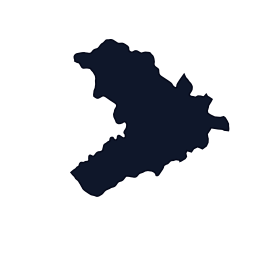 outline of Santiago de los Caballeros, Santiago, Dominican Republic, rotated 304°
{"feature_id": "3306468B7799388924344", "entity_name": "Santiago de los Caballeros", "entity_type": "district", "adm_level": 2, "iso_a3": "DOM", "parent_name": "Dominican Republic", "parent_adm1": "Santiago", "projection": "orthographic", "projection_center": [-70.731, 19.487], "detail": "fine", "context": "isolated", "style": "filled", "palette": "ink", "viewbox_px": 256, "rotation_deg": 304, "n_neighbors": 0, "source": "geoboundaries", "source_scale": "gbopen_adm2", "svg_char_len": 5932}
<svg xmlns="http://www.w3.org/2000/svg" viewBox="0 0 256 256"><g transform="rotate(304 128 128)"><path d="M190.8,201.0L188.3,198.8L185.5,193.8L184.8,189.2L184.8,185.9L186.5,184.0L190.0,182.9L191.7,182.1L196.4,181.9L198.8,181.6L198.8,178.1L198.6,176.2L199.7,174.0L197.0,173.7L196.3,173.5L196.0,173.2L195.7,172.7L195.0,170.5L193.7,168.3L193.2,167.9L191.6,167.2L191.2,166.8L190.9,166.2L190.4,164.7L189.5,162.9L189.3,161.8L189.4,161.2L189.6,160.5L189.8,160.3L190.1,160.1L190.4,159.9L191.1,159.8L194.2,159.7L195.3,159.5L196.0,159.3L197.7,158.3L198.2,157.9L198.4,157.7L199.4,156.0L199.8,155.1L200.0,154.4L200.4,152.6L200.6,152.0L201.3,150.4L201.8,148.3L202.0,147.6L202.5,146.7L203.9,144.5L201.2,144.4L196.6,144.3L192.9,144.4L191.4,144.6L190.7,144.9L189.7,145.4L189.1,145.6L188.5,145.5L188.2,145.3L187.9,145.0L187.8,144.7L187.7,144.0L187.7,142.9L187.9,141.7L188.2,141.0L188.9,139.5L189.1,138.8L189.2,138.0L189.3,135.5L189.2,126.7L189.3,125.4L189.5,124.7L189.8,123.9L190.5,123.0L191.6,122.0L193.2,120.8L193.6,120.3L193.7,120.0L193.8,119.3L193.9,116.6L194.0,115.8L194.3,115.1L194.6,114.5L195.3,113.8L195.9,113.4L197.2,112.8L197.8,112.4L198.7,111.6L199.6,110.8L200.4,109.9L200.9,109.2L201.3,108.6L201.6,107.9L201.9,106.1L202.4,104.7L202.5,104.1L202.4,103.8L202.2,103.2L200.8,100.7L200.3,99.9L199.5,99.1L198.7,98.4L197.7,97.6L197.3,97.1L197.1,96.0L196.9,92.9L196.7,92.2L196.4,91.5L196.0,91.0L195.5,90.5L194.0,89.8L193.5,89.4L192.8,88.7L192.5,88.0L192.4,87.3L192.4,86.6L192.5,85.9L192.7,85.5L193.0,85.0L193.5,84.5L194.9,83.4L195.1,83.1L195.3,82.5L195.5,81.8L195.5,80.6L195.5,79.0L195.4,77.8L195.2,76.6L194.9,75.9L194.5,75.3L193.1,73.5L192.7,72.8L192.6,72.5L192.4,71.7L192.4,70.9L192.3,66.9L192.2,66.1L192.0,65.3L191.5,64.3L190.0,62.6L189.1,61.3L188.8,61.0L188.3,60.7L187.6,60.6L185.2,60.2L184.5,60.0L183.3,59.4L182.6,59.2L181.4,59.0L178.6,58.9L177.5,58.7L177.1,58.6L176.4,58.2L174.7,56.8L173.7,56.2L172.6,55.9L170.1,55.7L169.4,55.4L169.1,55.3L168.6,54.9L167.9,54.1L167.2,52.5L166.4,51.0L165.9,49.7L165.2,48.7L164.0,47.3L161.7,45.0L160.9,44.2L159.9,43.6L159.2,43.4L158.4,43.3L157.7,43.4L157.0,43.6L156.5,44.0L156.0,44.4L154.9,45.8L154.4,46.2L153.8,46.4L154.0,48.6L154.2,49.3L154.7,50.8L154.7,51.0L154.7,51.3L154.5,51.9L153.5,54.0L152.8,55.4L152.6,56.1L152.6,56.8L152.8,57.5L153.2,58.0L154.5,59.6L155.1,60.5L156.1,62.6L156.3,63.2L156.3,63.5L156.2,64.1L155.7,65.5L155.3,67.3L155.1,68.0L154.2,69.8L153.6,71.1L153.2,71.7L152.8,72.2L151.5,73.4L150.7,74.0L149.4,74.6L148.8,75.0L146.3,76.9L142.9,78.6L140.5,79.1L139.8,79.3L138.3,80.1L136.7,80.9L135.4,81.9L135.3,83.6L135.4,84.8L135.5,85.5L135.9,86.2L136.3,86.6L138.0,87.6L139.5,88.3L140.1,88.6L140.8,89.3L141.2,89.9L141.3,90.3L141.5,91.0L141.6,92.3L141.5,97.7L141.6,102.7L141.5,103.9L141.4,104.7L141.1,105.4L140.9,105.7L140.4,106.1L139.8,106.5L139.4,106.6L138.7,106.8L136.7,106.9L135.9,107.0L135.2,107.2L133.7,107.9L131.7,108.4L131.2,108.7L129.5,110.2L127.4,113.7L126.5,114.8L126.3,115.4L126.2,115.7L126.2,116.4L126.3,117.1L126.4,117.5L126.8,118.1L127.5,119.0L128.4,119.7L129.0,120.2L130.3,120.7L130.8,121.1L131.3,121.5L131.6,122.0L131.6,122.3L131.6,122.6L131.5,123.2L130.8,124.5L130.4,125.0L129.9,125.4L128.2,126.3L127.5,126.6L126.4,126.8L123.3,126.9L122.6,127.1L122.3,127.2L121.8,127.6L121.2,129.3L120.8,129.7L119.4,130.7L118.8,130.9L118.2,130.8L117.6,130.5L117.2,130.0L117.1,129.7L117.0,129.3L116.9,128.6L116.9,125.5L116.8,124.9L116.6,124.6L116.4,124.3L116.1,124.1L115.8,124.1L115.2,124.1L113.7,124.9L113.1,125.1L112.4,125.1L111.8,125.0L111.5,124.9L111.2,124.7L111.0,124.4L110.8,123.8L110.8,123.5L110.8,122.8L111.0,122.2L111.5,121.2L111.6,120.7L111.5,120.4L111.2,119.9L110.8,119.5L110.5,119.3L110.2,119.2L109.5,119.2L108.9,119.4L107.6,120.0L107.0,120.1L106.8,120.1L106.3,119.9L105.6,119.4L105.1,119.2L103.2,118.6L101.7,117.9L101.1,117.7L100.7,117.7L100.4,117.7L99.7,117.9L98.2,118.5L96.5,119.1L95.1,119.7L93.0,118.6L92.5,118.1L92.0,117.4L91.5,116.8L90.8,116.4L90.5,116.2L89.4,115.9L86.3,115.7L85.6,115.5L85.3,115.3L85.1,115.1L84.7,114.5L84.4,112.3L84.3,112.0L84.1,111.7L83.8,111.5L83.2,111.4L82.5,111.6L80.6,112.8L79.6,113.6L79.0,113.7L78.4,113.7L78.1,113.5L77.5,113.1L76.3,111.6L75.8,111.3L74.8,110.8L74.3,110.4L74.0,109.9L73.7,109.2L73.4,108.7L73.2,108.4L72.7,108.1L72.1,108.0L71.4,108.0L70.8,108.1L69.5,108.6L68.8,108.6L68.2,108.4L67.1,107.8L66.5,107.7L65.3,107.6L64.6,107.4L62.5,106.5L59.3,105.6L58.5,108.2L58.1,110.4L57.9,111.1L57.3,112.3L57.0,113.0L56.9,113.7L56.7,115.8L56.4,116.9L55.5,118.7L55.0,120.0L54.0,121.8L53.4,123.1L52.6,124.6L52.4,125.3L52.2,126.5L52.1,128.1L52.1,132.3L52.2,134.4L52.5,135.5L53.4,137.7L53.9,139.8L54.0,140.1L54.4,140.7L55.1,141.4L55.7,141.8L58.4,143.1L59.5,143.4L62.5,143.7L64.2,144.2L65.9,145.2L67.4,146.2L69.3,147.1L71.3,148.8L72.3,149.4L73.4,149.7L76.7,149.8L77.8,150.0L78.2,150.2L78.8,150.5L80.6,152.0L81.6,152.5L82.3,152.7L83.0,152.8L85.9,153.0L86.6,153.1L87.2,153.4L87.6,153.9L88.6,155.6L88.9,156.2L89.4,157.5L90.3,159.3L90.7,160.3L91.1,160.9L91.5,161.4L92.1,161.8L92.7,162.1L93.4,162.2L96.0,162.5L97.0,162.9L97.6,163.3L99.7,164.9L101.3,165.7L102.0,166.1L103.1,167.2L103.9,168.0L104.3,168.7L104.9,170.0L105.7,171.5L105.9,172.2L106.1,173.3L106.1,174.8L105.9,175.9L105.4,176.8L104.5,177.9L104.8,178.7L105.3,179.1L105.9,179.4L107.0,179.5L109.5,179.5L113.2,179.5L114.8,179.3L116.6,178.7L116.9,178.7L117.4,178.8L119.3,179.7L120.2,180.4L120.7,180.7L121.6,181.0L123.7,181.3L124.4,181.5L125.2,182.0L125.7,182.5L126.6,183.7L127.9,184.7L128.4,185.1L128.8,185.6L129.1,186.2L129.9,188.0L130.1,188.5L130.0,189.1L129.7,189.7L129.5,189.8L130.3,190.4L134.6,192.4L136.9,192.4L139.4,189.8L142.3,189.5L143.7,193.9L147.5,193.9L151.4,196.1L152.0,198.6L152.4,201.3L156.9,202.9L160.7,202.3L163.8,200.4L165.0,199.0L167.3,196.9L171.6,196.9L174.7,196.7L177.8,203.3L179.9,207.0L180.1,209.0L182.0,212.7L183.1,212.2L184.0,211.6L186.0,209.9L187.1,209.2L187.6,208.8L189.1,206.3L189.7,204.9L190.6,203.1L190.7,202.4L190.8,201.0Z" fill="#0f172a" stroke="#020617" stroke-width="1.5"/></g></svg>